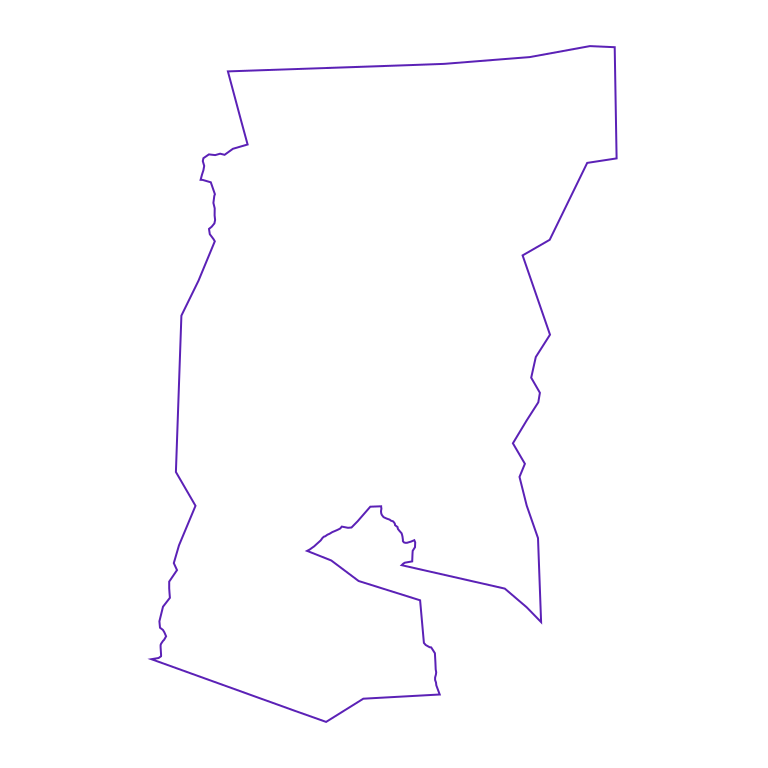 outline of San Vicente Lachixío, Oaxaca, Mexico
{"feature_id": "50627088B80228149983097", "entity_name": "San Vicente Lachixío", "entity_type": "district", "adm_level": 2, "iso_a3": "MEX", "parent_name": "Mexico", "parent_adm1": "Oaxaca", "projection": "mercator", "projection_center": [-97.044, 16.647], "detail": "fine", "context": "isolated", "style": "outline", "palette": "violet", "viewbox_px": 768, "rotation_deg": 0, "n_neighbors": 0, "source": "geoboundaries", "source_scale": "gbopen_adm2", "svg_char_len": 2146}
<svg xmlns="http://www.w3.org/2000/svg" viewBox="0 0 768 768"><path d="M541.1,622.1L540.2,597.6L538.0,538.1L526.7,505.6L519.5,476.9L524.9,463.8L512.9,443.3L526.7,420.4L535.8,406.2L538.3,402.3L539.9,392.8L531.2,377.7L535.8,357.0L550.0,334.7L522.6,255.4L549.7,239.8L587.2,162.9L616.6,158.4L614.7,47.2L589.9,46.1L529.6,57.1L495.2,59.8L445.0,63.8L443.3,63.9L410.2,65.1L256.6,70.4L227.9,71.4L240.6,118.8L247.6,144.5L232.9,148.8L224.6,154.8L220.1,153.7L215.2,155.1L208.9,154.4L203.4,158.2L202.8,161.1L204.2,165.9L203.4,170.3L202.0,174.6L200.6,179.8L202.6,179.9L210.8,182.3L214.9,194.2L214.3,195.9L213.4,202.9L214.7,208.3L214.6,215.4L215.1,220.0L214.4,223.4L211.6,226.8L209.0,228.9L209.8,234.2L213.5,239.1L214.8,241.3L198.5,280.7L181.4,315.6L175.9,472.0L195.5,505.8L179.0,545.3L173.8,563.1L177.0,570.1L169.2,581.6L169.2,588.4L169.5,592.8L169.9,597.8L163.0,606.7L159.4,621.3L160.0,627.7L162.9,629.9L164.3,632.2L166.1,636.3L164.1,639.8L163.0,640.9L161.1,643.7L160.6,645.0L160.6,647.2L160.8,650.5L161.1,655.3L161.0,656.3L158.6,658.0L151.4,659.2L256.7,697.1L295.3,711.0L326.1,721.9L363.3,698.7L439.7,694.5L436.3,685.3L436.0,682.5L435.1,680.0L435.1,677.5L435.9,674.6L436.2,672.3L435.7,669.4L435.4,662.2L434.9,653.2L431.2,647.4L429.6,647.2L425.7,645.0L423.9,642.9L420.1,600.3L358.6,581.0L331.3,560.5L307.1,550.9L309.9,549.4L312.2,547.7L314.1,546.4L316.6,544.1L319.5,541.5L320.7,540.4L322.6,537.8L324.0,536.6L325.2,536.3L327.4,534.7L329.5,533.8L332.3,532.1L334.7,531.1L337.0,530.1L338.5,529.4L340.2,528.5L341.8,526.6L348.0,527.8L351.5,527.5L357.7,521.2L360.8,517.6L370.3,506.7L381.1,506.3L381.1,506.5L381.4,508.7L381.0,511.2L381.2,513.2L381.7,514.7L383.1,516.6L383.7,517.2L385.8,518.2L387.0,518.7L389.6,519.6L391.0,520.7L393.0,521.3L394.1,522.5L394.8,523.6L395.1,525.2L397.5,527.0L397.9,528.9L399.4,530.8L401.6,533.3L402.1,535.0L402.5,536.7L402.7,538.3L402.9,539.6L402.9,541.1L403.8,542.3L405.2,542.8L407.0,542.8L408.6,542.3L411.0,541.6L414.3,540.2L415.2,542.4L415.1,544.6L415.0,547.2L412.7,550.8L412.5,553.9L412.2,561.4L404.8,562.7L403.2,563.7L401.7,565.2L474.4,581.7L504.8,588.6L526.7,607.3L541.1,622.1Z" fill="none" stroke="#5b21b6" stroke-width="2"/></svg>